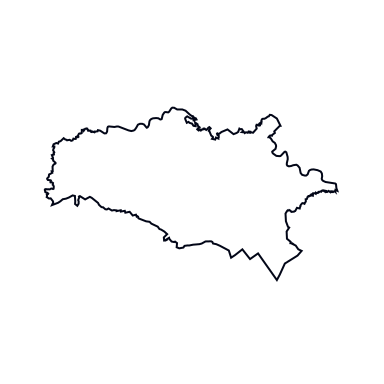 outline of Krimuldas pag., Krimuldas, Latvia, rotated 233°
{"feature_id": "27541924B6857171142021", "entity_name": "Krimuldas pag.", "entity_type": "district", "adm_level": 2, "iso_a3": "LVA", "parent_name": "Latvia", "parent_adm1": "Krimuldas", "projection": "orthographic", "projection_center": [24.794, 57.217], "detail": "fine", "context": "isolated", "style": "outline", "palette": "ink", "viewbox_px": 384, "rotation_deg": 233, "n_neighbors": 0, "source": "geoboundaries", "source_scale": "gbopen_adm2", "svg_char_len": 6094}
<svg xmlns="http://www.w3.org/2000/svg" viewBox="0 0 384 384"><g transform="rotate(233 192 192)"><path d="M191.6,302.5L199.6,304.0L205.5,301.9L206.8,300.6L206.2,298.9L206.6,297.9L206.6,295.3L207.0,293.7L207.8,292.8L208.0,291.6L207.1,290.2L206.5,290.1L205.4,289.0L205.8,289.0L205.6,288.8L205.7,287.8L206.1,288.0L206.1,287.5L205.7,287.4L205.8,286.8L205.1,287.1L204.4,286.5L205.1,285.8L204.8,285.4L206.8,284.0L206.1,282.9L203.7,281.8L202.6,276.4L204.0,275.2L204.2,274.1L204.6,273.8L205.2,274.7L206.3,273.6L205.8,272.1L207.2,271.1L207.3,269.6L208.0,269.7L209.7,268.0L209.7,269.6L212.3,269.6L213.0,268.4L214.1,268.0L212.2,265.0L212.3,263.1L213.2,260.0L220.6,258.0L222.2,251.6L222.1,249.3L222.6,247.9L223.6,247.5L223.5,247.0L222.0,246.6L221.0,247.3L219.5,246.2L219.4,245.6L218.8,245.2L221.1,243.9L219.9,242.1L222.4,240.0L222.9,241.5L223.6,241.9L225.5,241.3L230.2,242.5L230.7,242.2L231.0,242.5L231.6,245.2L233.4,244.9L233.5,243.7L233.0,241.8L233.0,240.7L234.8,240.3L234.9,239.5L235.6,239.6L235.8,239.1L235.5,238.6L235.6,237.7L236.0,237.3L235.8,236.2L236.7,236.3L237.1,234.3L238.9,233.9L239.3,235.2L238.9,235.8L239.1,237.0L241.3,236.5L242.8,237.2L245.6,236.3L242.4,234.5L243.2,233.7L244.0,233.0L246.6,233.2L248.6,231.7L250.1,231.4L250.4,229.5L254.0,230.4L254.9,230.8L255.3,231.5L255.3,233.7L251.4,235.3L250.8,235.8L249.9,237.4L248.2,236.3L247.7,236.9L247.9,237.7L247.2,239.2L248.5,239.4L249.9,238.3L250.0,238.6L251.6,238.0L252.0,238.3L253.0,237.5L255.3,236.8L260.8,235.8L263.8,233.9L266.9,229.8L270.1,228.4L271.2,227.0L271.2,225.7L269.9,222.2L269.9,220.9L271.6,219.2L272.1,218.4L272.1,217.6L271.2,215.0L268.5,211.7L268.6,211.1L269.0,210.3L271.1,209.5L272.6,207.9L274.3,205.2L274.8,203.4L274.6,201.6L274.0,200.5L271.4,197.9L270.4,195.7L270.4,195.0L270.6,194.5L274.8,194.3L276.4,193.3L277.8,191.5L278.3,189.3L276.9,186.2L276.1,183.7L276.2,182.4L277.2,180.2L279.4,178.4L288.5,172.7L289.5,171.5L290.6,169.2L294.4,165.1L294.7,164.1L294.0,162.9L291.4,160.6L290.9,159.6L290.6,158.7L291.5,157.3L296.2,155.6L298.0,154.1L297.3,153.1L298.4,151.2L298.3,150.3L299.0,150.3L299.1,149.5L300.2,148.9L300.1,148.1L300.4,147.8L301.0,147.5L301.9,148.0L302.6,147.5L302.7,146.8L303.5,145.9L304.4,146.4L305.0,146.1L305.7,146.5L306.2,146.1L306.8,144.7L306.1,142.5L307.2,142.9L307.3,142.7L307.2,141.8L307.8,141.3L305.5,139.5L305.6,138.3L306.2,137.9L306.6,136.8L305.7,134.9L304.4,134.5L304.4,133.8L305.6,133.4L305.8,132.5L304.4,131.2L304.7,130.5L306.0,129.4L305.1,127.7L305.6,126.3L307.3,125.7L308.5,123.3L309.1,123.3L310.2,122.4L312.2,121.9L311.7,117.6L312.3,115.9L311.3,114.2L312.8,113.1L313.4,110.2L312.1,108.2L311.1,109.4L310.3,108.7L309.7,107.1L308.9,106.2L306.6,105.9L306.4,104.8L305.3,104.6L305.0,104.2L305.8,102.3L302.8,101.5L302.6,101.2L302.8,100.4L301.7,100.7L300.6,100.0L297.5,100.6L297.1,100.4L296.9,99.9L297.2,99.1L297.0,97.4L296.2,95.9L292.5,93.3L293.0,92.4L291.4,92.0L292.0,88.4L290.3,86.7L290.0,84.6L289.7,84.2L288.4,84.1L286.4,86.2L285.9,86.2L285.2,84.9L284.8,84.8L283.8,86.1L282.8,86.4L281.6,85.1L280.7,85.3L279.4,84.8L277.9,83.4L278.0,82.8L279.3,81.9L279.6,81.2L279.7,80.0L280.2,79.3L280.9,78.7L281.4,77.6L282.2,77.2L282.6,76.3L282.3,75.7L280.1,74.8L278.4,76.0L277.2,76.2L277.0,75.7L277.4,74.5L276.1,73.9L275.4,72.9L272.8,73.9L272.0,75.3L268.5,75.4L267.3,75.0L265.8,72.3L264.0,78.5L263.8,81.4L264.0,84.4L262.5,87.4L261.7,90.3L261.1,94.6L259.3,96.1L254.9,93.2L252.8,91.4L250.0,92.1L250.9,94.4L252.8,95.9L254.0,96.2L255.6,98.7L256.4,99.0L256.2,100.0L250.4,102.2L249.6,107.5L247.7,108.4L239.8,110.4L237.8,110.0L234.9,110.5L233.9,111.0L233.3,111.8L230.4,112.4L229.3,113.5L229.1,115.4L225.4,116.9L224.5,118.8L222.7,120.7L222.1,120.3L220.3,124.1L219.2,123.4L217.4,127.0L215.6,126.3L213.7,130.3L208.9,130.5L207.6,133.6L205.7,133.0L205.6,133.8L204.7,134.1L203.3,133.4L202.8,133.6L196.2,137.7L193.7,140.2L191.2,140.5L184.9,143.8L182.1,143.7L180.6,144.7L177.1,146.1L173.3,146.8L172.7,142.2L170.0,140.5L169.2,141.6L169.0,143.0L169.5,142.9L169.2,146.1L168.2,145.7L164.7,145.9L162.7,147.7L162.6,148.6L160.2,149.3L157.1,146.5L154.7,147.9L152.8,151.7L153.5,153.6L152.0,156.3L150.9,157.7L149.3,161.1L145.9,166.5L145.0,168.7L144.4,173.0L141.1,177.6L139.9,178.2L138.2,177.8L135.7,180.0L132.3,181.9L123.1,186.2L116.0,183.7L115.7,188.3L115.9,197.7L103.5,198.0L103.2,207.8L70.6,206.8L73.2,212.4L79.0,223.1L77.7,238.0L79.0,244.1L82.3,242.4L86.8,242.6L89.0,241.5L88.9,241.7L90.7,241.2L91.9,239.8L92.9,240.8L97.5,239.7L103.5,243.8L105.1,248.2L106.4,247.7L112.1,249.4L118.5,253.7L119.5,256.2L119.8,257.4L119.1,257.9L118.9,258.2L119.1,258.8L117.8,259.4L116.3,259.4L114.9,261.7L115.0,262.2L114.7,263.0L116.2,266.3L114.0,268.1L114.9,269.1L115.2,269.9L115.8,270.2L116.3,271.4L116.7,273.3L116.4,273.9L114.9,274.7L115.5,275.6L115.4,276.0L116.1,277.4L117.8,278.4L117.3,279.6L118.5,281.3L118.1,282.8L118.5,282.9L117.9,283.8L118.2,284.2L118.2,285.1L117.5,285.1L117.1,285.5L117.9,285.5L118.3,286.0L117.8,287.1L117.2,287.1L118.1,287.9L117.4,289.0L116.1,289.7L116.9,290.5L116.2,290.8L115.4,292.2L115.4,292.8L115.9,292.7L116.0,293.1L115.2,294.4L115.1,295.1L114.5,295.4L114.9,296.4L114.5,296.8L114.2,297.6L113.2,298.0L113.9,298.2L112.0,299.9L111.0,299.5L110.7,299.8L110.6,301.1L110.7,301.6L108.8,302.3L109.3,302.8L108.7,303.5L108.5,302.8L108.3,302.9L107.3,304.3L107.9,304.6L106.9,305.6L106.7,306.4L106.2,306.5L106.8,306.7L106.9,307.0L106.5,307.0L106.5,307.3L107.2,307.8L105.5,308.8L108.1,309.6L111.6,311.7L112.6,311.5L119.6,304.7L122.0,303.4L123.2,303.2L124.4,303.5L126.3,305.5L128.7,306.9L130.9,307.1L133.9,305.4L136.8,302.8L138.0,301.0L138.5,299.5L138.5,298.1L136.5,295.0L136.4,293.2L137.1,292.1L139.4,290.3L141.8,290.2L146.6,292.5L149.7,292.3L151.0,291.7L152.5,288.9L153.1,286.8L154.2,284.8L155.6,284.0L156.7,284.1L158.0,285.1L160.6,288.2L162.5,289.5L166.9,291.2L168.0,290.9L168.4,290.1L167.6,285.5L167.5,284.3L168.0,283.4L170.1,281.1L173.9,279.9L175.1,279.9L176.0,280.4L176.2,284.7L177.9,286.7L178.9,287.3L181.4,287.7L183.9,286.9L187.4,287.2L189.2,286.7L189.7,286.1L189.9,286.5L189.1,287.1L189.9,287.2L190.1,288.5L188.8,289.8L189.3,290.4L189.3,293.7L190.9,294.2L192.0,301.8L191.6,302.5Z" fill="none" stroke="#020617" stroke-width="2"/></g></svg>